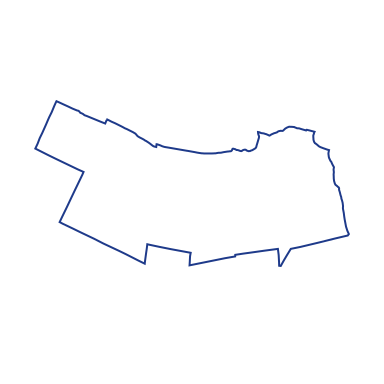 Rojiste, Dolj, Romania (Mercator projection), rotated 187°
{"feature_id": "2599482B74221959783433", "entity_name": "Rojiste", "entity_type": "district", "adm_level": 2, "iso_a3": "ROU", "parent_name": "Romania", "parent_adm1": "Dolj", "projection": "mercator", "projection_center": [23.915, 44.025], "detail": "fine", "context": "isolated", "style": "outline", "palette": "blue", "viewbox_px": 384, "rotation_deg": 187, "n_neighbors": 0, "source": "geoboundaries", "source_scale": "gbopen_adm2", "svg_char_len": 4295}
<svg xmlns="http://www.w3.org/2000/svg" viewBox="0 0 384 384"><g transform="rotate(187 192 192)"><path d="M337.6,265.6L337.7,265.4L339.2,260.6L341.0,254.1L342.8,249.0L343.6,246.4L345.1,241.2L347.8,232.4L349.7,226.9L351.1,221.2L352.8,216.0L348.1,214.3L339.5,211.2L331.4,208.4L308.3,200.6L302.1,198.7L302.9,195.9L305.2,189.1L308.4,179.7L311.0,171.9L314.3,161.9L317.9,151.4L319.7,146.0L316.3,144.7L306.1,141.3L298.3,138.6L283.6,133.7L273.8,130.1L257.0,124.6L250.0,122.2L242.3,119.4L237.1,117.5L230.2,115.1L230.2,118.1L230.1,125.9L230.0,130.0L230.0,132.3L230.0,134.7L227.2,134.4L218.0,133.6L205.9,132.7L185.9,131.5L186.1,128.1L185.9,125.1L185.7,122.5L185.5,118.9L151.2,130.3L141.3,133.3L141.4,134.9L133.6,137.1L127.1,138.8L113.3,142.5L99.8,146.0L98.3,140.0L97.0,132.7L96.5,129.4L94.9,129.4L92.5,135.3L90.0,141.0L87.0,147.6L77.7,150.7L60.2,157.2L44.3,163.3L32.1,167.8L31.2,169.4L33.1,172.5L34.9,176.4L37.1,183.3L37.9,186.1L38.8,189.7L39.6,192.2L40.1,193.7L40.3,194.8L40.3,195.4L40.4,196.5L41.2,199.7L42.1,202.0L42.9,203.6L43.3,205.2L44.2,207.0L45.2,209.7L46.3,212.1L46.4,212.9L46.4,213.4L46.7,214.1L46.9,214.4L47.8,214.9L49.0,215.8L49.9,216.3L50.6,216.8L51.3,217.9L52.3,220.2L52.9,222.5L53.2,224.5L53.6,226.9L53.6,228.6L53.8,229.8L54.0,230.6L54.2,231.4L54.2,232.1L54.2,233.0L54.1,233.5L54.3,234.2L55.3,235.5L56.2,236.8L56.8,237.8L57.5,239.0L58.5,239.9L59.2,241.1L59.9,242.2L60.3,243.0L60.6,243.9L60.8,244.8L61.1,245.9L61.3,246.8L61.3,247.8L61.2,248.8L61.2,249.6L61.1,250.3L63.1,250.6L64.9,251.0L67.2,251.5L70.0,252.2L71.3,252.7L71.9,253.0L72.7,253.6L73.6,254.2L75.1,255.1L76.0,255.5L76.4,256.1L76.9,256.6L77.4,257.7L77.8,258.7L78.1,260.5L78.3,261.3L78.5,263.1L78.3,263.8L78.1,264.8L78.0,265.7L77.7,266.7L83.5,267.5L84.5,267.6L85.1,267.7L85.9,267.7L86.3,267.4L86.4,267.0L91.3,267.8L93.3,268.2L94.1,268.2L94.8,268.1L95.1,268.1L95.7,268.1L96.3,268.3L97.0,268.5L97.9,268.7L98.2,268.9L98.7,268.9L99.3,268.9L99.8,268.9L101.4,268.8L102.2,268.7L102.7,268.7L103.0,268.7L103.3,268.6L103.6,268.6L103.8,268.5L105.3,267.7L106.0,267.2L107.4,266.1L107.7,265.6L108.1,265.2L108.5,264.7L108.7,264.4L108.9,264.2L109.2,263.9L109.5,263.7L110.1,263.6L110.5,263.6L111.4,263.6L111.8,263.4L112.2,263.3L112.5,263.2L112.9,263.1L113.3,262.9L113.9,262.6L114.1,262.4L114.4,262.1L114.6,261.9L114.9,261.6L115.2,261.5L115.3,261.4L116.5,260.8L117.3,260.5L118.1,260.1L118.7,259.7L119.6,259.2L120.5,258.6L121.4,257.8L121.8,257.5L122.0,257.4L122.4,257.5L122.9,257.7L124.2,258.1L125.6,258.5L126.1,258.5L127.4,258.8L128.3,258.9L129.7,258.9L130.6,258.9L130.9,259.0L131.1,259.1L131.4,259.2L131.6,259.2L131.8,259.2L132.0,259.4L132.4,259.5L133.0,259.5L133.5,259.6L133.8,259.6L133.7,259.1L133.6,258.5L133.2,257.3L132.9,256.7L132.5,256.0L132.2,255.3L132.2,254.5L132.2,253.8L132.7,251.0L133.1,248.5L133.5,246.3L133.7,244.5L134.3,243.2L135.8,242.0L137.2,240.9L138.7,240.2L139.4,239.7L140.6,239.5L141.0,239.4L141.7,239.6L142.2,239.7L143.0,239.9L143.6,240.4L144.1,240.5L144.7,240.5L145.2,240.3L145.6,240.2L146.1,240.0L146.6,239.7L147.1,239.3L147.5,238.9L147.7,238.7L148.0,238.6L148.3,238.6L148.5,238.6L149.0,238.6L149.3,238.6L149.7,238.8L150.0,238.9L150.3,238.9L150.7,239.0L151.7,239.2L152.2,239.2L152.9,239.1L153.4,239.3L154.1,239.7L155.1,239.8L156.0,240.0L156.6,240.0L157.0,239.8L157.2,239.3L157.4,238.4L157.8,237.7L158.4,237.2L159.5,237.0L160.1,236.8L161.6,236.5L165.5,235.4L168.1,234.5L170.7,234.1L173.2,233.3L176.8,232.7L183.3,231.9L184.6,231.7L185.8,231.7L187.0,231.6L188.0,231.6L191.4,231.7L194.0,231.9L199.4,232.2L201.4,232.3L202.0,232.3L220.7,233.2L223.2,233.3L225.0,233.4L227.2,233.8L229.0,234.4L232.3,235.1L233.0,235.1L233.0,232.3L234.8,232.5L235.7,232.7L236.2,232.9L237.3,233.5L239.4,234.8L241.2,235.8L242.7,236.5L243.6,237.0L244.4,237.2L244.9,237.4L245.5,237.8L247.1,238.5L248.7,239.1L250.1,239.6L251.1,240.0L251.8,240.3L252.4,240.6L252.9,240.9L253.6,241.5L254.3,242.2L255.4,243.1L257.9,244.2L260.7,245.2L264.3,246.5L266.5,247.1L267.9,247.7L270.0,248.5L274.5,250.1L276.8,250.9L280.5,252.0L283.1,253.0L284.8,253.6L284.8,253.2L285.2,252.8L285.5,252.7L285.7,252.3L286.0,251.2L286.5,249.4L291.5,250.7L298.8,252.7L305.7,254.6L308.0,255.1L308.7,255.5L309.4,256.0L310.9,256.6L312.5,257.0L313.8,258.3L314.8,258.8L316.0,258.9L320.7,260.2L325.5,261.8L330.6,263.4L334.6,264.7L337.6,265.6Z" fill="none" stroke="#1e3a8a" stroke-width="2"/></g></svg>